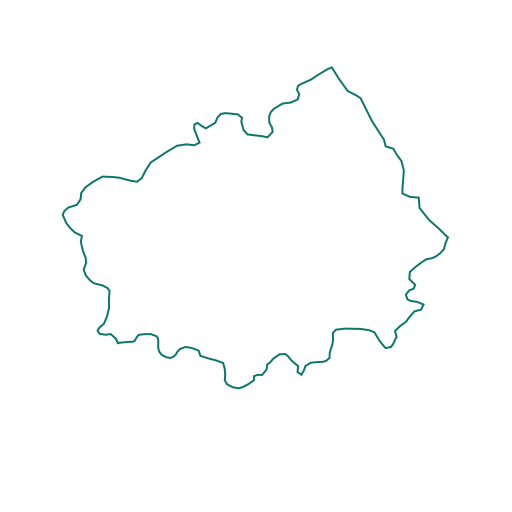 Svislach, Grodno, Belarus (Mercator projection), rotated 149°
{"feature_id": "67162791B1668576645583", "entity_name": "Svislach", "entity_type": "district", "adm_level": 2, "iso_a3": "BLR", "parent_name": "Belarus", "parent_adm1": "Grodno", "projection": "mercator", "projection_center": [24.286, 52.932], "detail": "fine", "context": "isolated", "style": "outline", "palette": "teal", "viewbox_px": 512, "rotation_deg": 149, "n_neighbors": 0, "source": "geoboundaries", "source_scale": "gbopen_adm2", "svg_char_len": 2672}
<svg xmlns="http://www.w3.org/2000/svg" viewBox="0 0 512 512"><g transform="rotate(149 256 256)"><path d="M419.4,252.5L415.8,251.1L409.9,248.2L405.7,245.9L403.4,245.8L400.0,247.9L397.1,248.8L391.8,246.4L386.5,243.3L382.6,238.5L382.3,236.2L383.7,233.2L386.6,228.6L387.7,226.1L388.2,223.5L387.7,219.8L385.2,215.6L382.1,212.8L378.9,212.2L375.8,212.7L372.9,214.3L369.3,215.4L363.2,214.3L358.8,210.6L353.9,204.5L355.1,199.0L349.5,192.7L344.0,187.1L339.3,181.2L340.9,175.3L344.0,169.4L346.8,165.5L346.8,160.7L343.6,155.6L339.3,151.7L335.0,150.5L328.6,150.1L321.9,150.5L319.6,154.0L315.6,153.2L312.1,150.9L305.4,153.2L302.2,157.2L298.7,157.6L293.6,159.2L286.5,159.6L281.3,156.8L280.2,153.6L279.4,148.1L276.6,139.8L280.2,135.1L278.2,130.8L273.5,133.5L270.3,136.3L268.3,136.3L264.0,136.3L258.9,133.9L253.0,130.8L249.8,130.0L245.5,130.8L242.3,135.5L236.8,140.2L233.6,143.8L229.7,150.5L225.4,151.7L216.7,147.7L210.0,143.4L204.1,139.8L197.0,133.9L193.8,129.6L193.8,124.9L193.8,119.7L193.0,113.8L192.3,110.3L189.1,109.2L187.1,108.5L183.4,110.2L177.0,114.5L175.5,120.1L168.2,121.8L161.4,122.3L156.6,124.4L148.8,126.9L142.0,125.1L137.4,128.1L141.5,133.7L146.5,137.7L148.5,140.8L147.5,145.6L142.5,147.6L137.7,146.8L134.4,149.3L135.7,154.1L136.4,157.4L132.4,163.0L124.6,164.5L118.3,165.2L111.7,165.5L106.4,163.5L101.9,163.0L96.6,163.5L91.3,165.2L86.5,169.8L81.8,173.2L82.4,174.5L85.1,185.1L89.1,197.7L91.1,213.0L86.4,222.2L93.7,227.5L98.3,234.2L95.0,239.5L91.1,244.8L85.1,253.4L82.4,262.7L83.1,269.3L83.1,277.3L88.4,283.2L86.4,289.9L87.1,311.8L85.1,337.3L87.3,342.0L92.4,350.1L93.6,364.1L93.9,378.6L98.3,379.3L110.2,379.3L118.2,378.9L128.4,380.2L132.2,380.2L135.2,377.6L135.6,372.6L139.5,368.7L147.1,369.6L154.7,373.0L164.9,373.0L169.2,371.7L173.0,368.7L176.0,363.2L176.0,358.5L177.7,353.9L184.9,351.8L189.1,355.6L192.9,358.5L200.6,364.5L201.8,370.4L199.3,378.9L196.8,381.5L198.5,386.6L204.0,390.8L208.6,394.2L212.9,395.9L217.6,394.6L222.2,391.2L228.6,391.2L233.3,391.2L235.8,395.9L237.5,400.1L240.9,400.6L243.4,397.2L243.9,394.6L245.1,387.8L246.0,382.3L251.9,382.7L257.9,387.4L266.8,391.2L276.1,391.2L279.9,391.2L298.2,390.4L306.7,386.1L313.9,381.5L319.8,381.0L324.9,385.3L332.6,393.3L337.7,397.2L346.6,403.1L357.6,403.5L366.9,402.7L373.3,400.1L377.1,395.0L383.1,392.1L392.0,394.2L397.1,393.3L400.5,390.8L401.7,381.9L400.9,375.9L399.2,369.6L394.9,362.8L398.8,358.5L401.7,349.6L403.0,342.0L405.1,337.7L410.7,333.1L411.9,327.1L410.7,320.3L409.0,316.1L402.6,309.7L399.6,304.6L399.6,301.3L403.9,295.3L409.0,286.8L414.9,280.9L421.3,276.2L426.8,275.4L430.2,273.7L430.2,269.8L425.5,266.0L420.8,263.9L418.7,257.5L419.1,252.9L419.4,252.5Z" fill="none" stroke="#0f766e" stroke-width="2"/></g></svg>